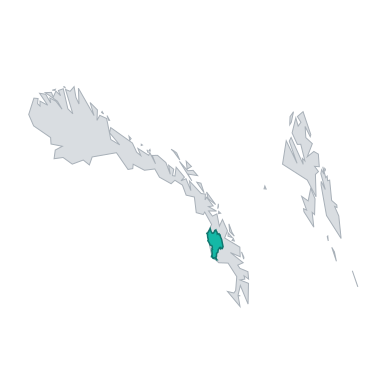 Guovdageaidnu sme 1, Finnmark, Norway (highlighted), rotated 74°
{"feature_id": "86288312B74284621306348", "entity_name": "Guovdageaidnu sme 1", "entity_type": "district", "adm_level": 2, "iso_a3": "NOR", "parent_name": "Norway", "parent_adm1": "Finnmark", "projection": "robinson", "projection_center": [24.886, 69.134], "detail": "fine", "context": "in_parent", "style": "filled", "palette": "teal", "viewbox_px": 384, "rotation_deg": 74, "n_neighbors": 0, "source": "geoboundaries", "source_scale": "gbopen_adm2", "svg_char_len": 5807}
<svg xmlns="http://www.w3.org/2000/svg" viewBox="0 0 384 384"><g transform="rotate(74 192 192)"><path d="M228.6,182.1L214.8,185.3L216.8,187.4L213.0,193.6L197.5,191.1L193.4,198.5L182.7,199.3L176.0,205.2L178.3,209.8L168.8,219.2L159.6,221.4L158.0,231.7L149.1,240.9L153.2,242.5L152.7,247.3L133.4,253.8L130.8,278.3L137.7,283.2L131.3,287.7L132.2,299.4L123.3,306.4L122.0,315.4L114.0,311.9L112.3,304.0L107.0,314.3L100.7,312.9L84.8,326.0L72.5,327.6L58.2,318.1L59.7,314.2L64.5,316.1L67.5,314.4L62.7,313.1L68.8,306.8L55.1,311.3L57.7,305.7L67.4,303.3L62.4,302.7L67.3,297.8L76.6,294.1L67.7,296.3L56.0,305.7L57.5,299.7L62.5,299.2L57.5,295.0L63.2,291.8L57.6,292.5L57.3,287.3L77.8,288.4L84.0,285.0L58.6,285.3L61.6,281.4L58.2,276.3L69.0,277.5L76.3,276.4L60.9,272.6L91.6,265.1L77.9,265.3L87.0,260.3L97.0,263.6L92.9,259.5L97.8,253.8L119.2,255.6L126.8,248.5L112.3,254.9L107.7,252.4L128.5,235.8L138.6,234.2L142.9,231.2L135.2,232.0L144.8,223.5L142.5,221.7L154.8,219.3L145.9,220.1L147.3,215.0L156.5,209.0L169.0,208.0L159.8,207.1L165.1,203.3L170.9,206.2L172.0,204.0L163.8,200.4L175.6,195.2L178.2,199.5L177.6,194.1L190.4,192.7L180.7,191.4L196.0,183.6L197.7,179.7L203.2,181.6L201.0,179.4L211.2,175.5L210.6,180.2L217.1,173.7L214.8,181.3L220.8,179.0L219.9,174.1L232.4,175.1L226.8,170.3L239.1,168.6L245.2,173.3L258.2,161.2L267.5,163.5L260.8,171.8L274.1,162.3L274.9,168.2L278.6,167.0L284.0,160.2L291.3,161.6L286.9,165.1L290.3,165.2L289.8,170.1L295.4,162.9L315.2,169.0L295.2,171.3L303.9,176.2L315.3,177.4L297.4,185.3L300.6,179.6L298.8,177.2L285.7,172.3L270.3,176.9L267.4,185.7L259.8,190.6L236.1,189.0L228.6,182.1ZM190.4,60.1L202.8,62.7L201.1,67.1L207.2,64.8L209.1,68.5L230.8,74.1L212.3,77.9L190.2,97.3L168.7,87.3L193.4,83.1L169.9,84.5L166.9,81.7L196.1,77.5L190.2,76.6L193.2,74.9L176.1,74.3L175.3,77.6L162.8,79.5L149.4,71.8L157.9,71.8L155.0,68.1L148.5,69.9L145.4,63.1L169.7,62.0L171.4,63.1L160.1,65.2L171.1,67.6L178.7,63.0L189.9,71.5L186.6,63.7L190.4,60.1ZM218.5,56.4L238.6,60.1L244.4,56.4L246.9,56.9L245.2,58.9L255.5,57.5L277.8,61.5L251.7,69.2L221.0,66.0L217.4,64.9L226.4,63.2L209.9,63.1L206.3,61.3L211.2,60.2L203.8,59.3L215.1,59.5L214.0,57.7L218.5,58.6L218.5,56.4ZM232.5,75.6L247.5,80.4L244.7,82.1L259.4,84.6L241.9,89.8L238.8,89.4L241.0,86.8L226.4,87.8L232.6,82.8L221.2,76.9L232.5,75.6ZM173.6,191.0L181.2,189.1L159.1,195.6L170.4,190.3L171.5,185.0L177.8,182.1L173.6,191.0ZM186.0,181.0L196.0,180.6L183.9,184.7L186.0,181.0ZM196.0,178.0L210.6,172.8L202.7,178.3L196.0,178.0ZM142.8,72.3L152.3,77.3L154.3,79.5L146.6,77.0L142.8,72.3ZM167.3,185.5L168.6,190.3L160.8,189.1L167.3,185.5ZM246.1,163.5L240.4,166.7L232.8,165.3L241.7,164.7L246.1,163.5ZM247.0,165.8L244.4,169.6L241.2,168.5L247.0,165.8ZM150.0,196.0L157.9,194.9L149.2,198.1L150.0,196.0ZM328.3,58.8L311.9,59.6L328.9,58.7L328.3,58.8ZM288.8,71.6L298.4,72.3L283.7,72.9L288.8,71.6ZM263.2,160.9L269.0,160.1L270.8,160.8L263.2,160.9ZM250.8,164.8L249.6,166.9L248.1,165.1L250.8,164.8ZM220.3,170.3L220.1,172.4L218.0,171.7L220.3,170.3ZM209.6,119.9L208.8,121.9L206.3,120.3L209.6,119.9ZM276.6,74.5L272.1,74.3L271.7,73.6L276.6,74.5ZM123.9,235.8L125.2,237.6L121.0,237.2L123.9,235.8ZM210.6,169.9L213.5,170.7L215.1,171.9L210.6,169.9ZM206.9,57.4L208.7,58.4L205.9,58.0L206.9,57.4ZM100.0,252.4L95.1,252.6L100.4,251.5L100.0,252.4ZM92.6,255.5L90.5,257.0L89.8,256.2L92.6,255.5ZM147.9,198.6L145.1,200.3L148.2,197.4L147.9,198.6ZM56.5,295.8L55.6,298.3L55.6,295.0L56.5,295.8ZM140.5,222.1L139.5,220.7L141.1,220.8L140.5,222.1ZM305.1,174.2L304.5,176.0L304.3,175.7L305.1,174.2ZM141.7,223.4L138.9,223.7L142.4,223.1L141.7,223.4ZM133.2,226.7L133.3,228.0L132.1,227.6L133.2,226.7ZM56.7,285.2L55.3,286.7L55.8,285.4L56.7,285.2Z" fill="#d9dde1" stroke="#a8b0b8" stroke-width="1"/><path d="M240.3,177.2L240.6,177.3L240.8,177.5L240.4,177.8L239.7,178.0L239.7,178.3L239.4,178.5L239.0,178.8L239.2,179.2L238.8,179.1L238.4,179.1L237.2,179.1L236.0,179.5L235.1,179.5L235.3,179.9L235.1,180.2L235.5,180.6L235.5,180.9L235.9,181.0L236.1,181.3L236.5,181.7L236.7,181.9L236.9,182.2L237.0,182.2L237.1,182.3L237.4,182.6L237.4,183.0L237.2,183.3L237.3,183.5L237.0,183.8L237.1,184.0L236.8,184.2L236.2,184.3L235.7,184.4L235.3,184.5L234.4,184.6L232.2,184.6L234.0,186.1L234.1,186.6L235.5,187.7L235.6,188.2L235.8,189.1L237.3,188.7L237.9,189.0L239.8,189.4L242.1,189.4L243.2,190.2L245.0,189.6L245.8,189.4L247.9,189.2L248.5,188.7L248.9,187.8L249.8,187.6L250.9,187.7L251.7,188.3L252.5,188.2L252.4,188.6L253.0,188.7L253.4,188.9L253.8,189.1L255.4,189.3L256.7,189.5L258.3,190.1L259.0,191.0L259.5,191.1L259.5,190.8L259.6,190.5L259.6,190.4L259.8,190.4L260.0,190.3L260.3,190.4L260.2,190.4L260.3,190.4L260.5,190.4L260.6,190.2L260.8,190.2L260.9,190.3L261.0,190.3L261.1,190.2L261.3,190.1L261.5,190.0L261.5,189.9L261.4,189.9L261.5,189.8L261.4,189.8L261.5,189.8L261.4,189.8L261.4,189.7L261.5,189.7L261.4,189.7L261.4,189.4L261.4,189.2L261.5,189.2L261.5,188.9L261.5,188.7L261.6,188.4L261.7,188.2L261.8,188.2L262.0,188.0L262.1,187.9L262.3,187.8L262.5,187.7L262.8,187.5L262.9,187.4L263.1,187.3L263.3,187.3L263.5,187.2L263.9,187.1L264.1,187.0L264.1,186.9L264.0,187.0L263.9,187.0L263.8,186.9L263.4,186.9L263.3,187.0L263.2,187.0L262.9,187.0L262.6,187.0L262.3,187.0L262.2,187.0L261.7,186.9L261.4,186.9L261.2,186.9L260.9,186.8L260.8,186.7L260.7,186.5L260.7,186.4L260.6,186.2L257.7,185.3L257.1,183.8L254.5,182.6L253.7,181.2L253.0,180.9L253.0,180.7L253.5,180.6L253.6,180.4L253.8,180.2L254.0,180.2L253.9,180.1L253.8,179.9L253.7,179.9L253.8,179.9L253.7,179.8L253.8,179.8L253.8,179.7L253.8,179.8L253.9,179.7L254.0,179.7L254.2,179.4L254.4,179.3L254.4,179.2L254.5,179.1L254.7,178.9L254.8,178.7L254.7,178.5L254.6,178.4L254.4,178.3L254.3,178.1L254.2,178.0L254.0,177.9L254.0,178.0L253.9,178.0L253.7,177.9L253.7,177.7L253.4,177.4L253.1,177.2L246.9,176.7L246.4,176.6L244.8,176.7L243.3,177.0L242.5,176.9L240.9,176.9L240.3,177.2Z" fill="#14b8a6" stroke="#0f766e" stroke-width="1.5"/></g></svg>